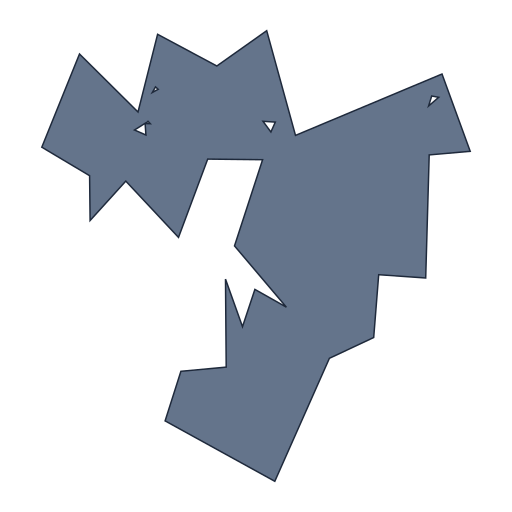 an SVG outline of Oromiya
{"feature_id": "ETH-3131", "entity_name": "Oromiya", "entity_type": "Administrative State", "adm_level": 1, "iso_a3": "ETH", "parent_name": "Ethiopia", "parent_adm1": "", "projection": "equal_earth", "projection_center": [38.367, 6.948], "detail": "coarse", "context": "isolated", "style": "filled", "palette": "slate", "viewbox_px": 512, "rotation_deg": 0, "n_neighbors": 0, "source": "natural_earth", "source_scale": "10m", "svg_char_len": 721}
<svg xmlns="http://www.w3.org/2000/svg" viewBox="0 0 512 512"><path d="M41.8,147.2L79.5,54.0L138.0,112.0L157.6,34.3L216.8,66.0L266.7,30.7L295.5,135.4L442.0,74.0L470.2,151.3L429.2,154.9L425.7,278.0L378.7,274.7L373.7,337.5L329.4,358.3L274.8,481.3L165.1,420.9L180.9,371.3L226.2,367.1L225.5,279.1L242.5,326.7L254.9,289.4L286.4,307.2L234.5,245.9L262.6,159.7L207.7,159.1L178.5,237.4L125.8,181.1L90.1,220.5L89.6,175.7L41.8,147.2ZM275.3,122.1L263.0,121.3L270.9,132.0L275.3,122.1ZM145.1,123.3L134.5,130.0L145.9,135.0L145.1,123.3ZM428.6,106.0L438.7,97.3L431.7,96.0L428.6,106.0ZM152.3,92.5L158.2,89.3L155.5,86.9L152.3,92.5ZM145.5,123.6L150.3,123.7L148.0,121.3L145.5,123.6Z" fill="#64748b" stroke="#1e293b" stroke-width="1.5"/></svg>